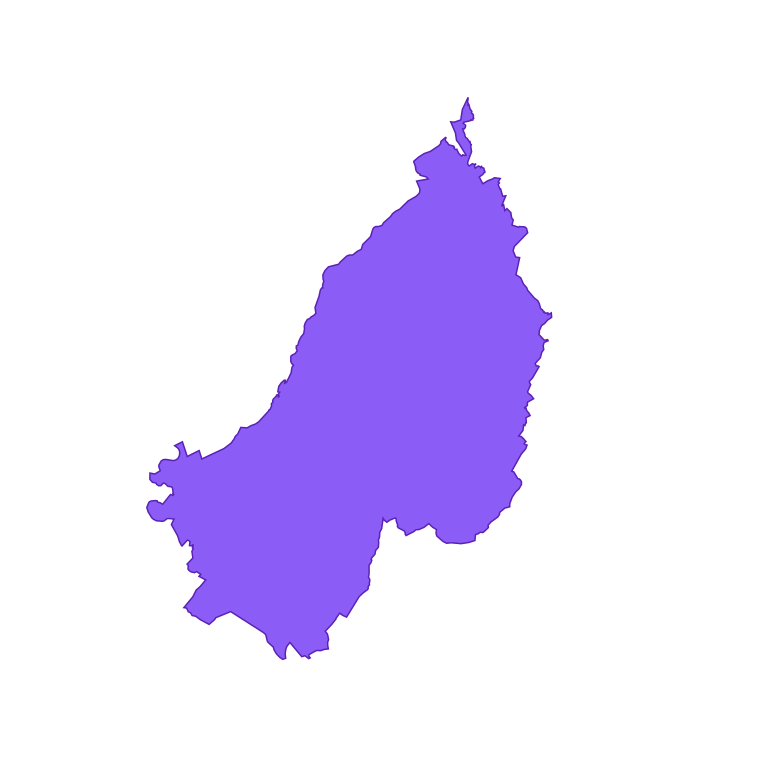 Gornesti, Mures, Romania (Robinson projection), rotated 297°
{"feature_id": "2599482B61997995106297", "entity_name": "Gornesti", "entity_type": "district", "adm_level": 2, "iso_a3": "ROU", "parent_name": "Romania", "parent_adm1": "Mures", "projection": "robinson", "projection_center": [24.739, 46.67], "detail": "fine", "context": "isolated", "style": "filled", "palette": "violet", "viewbox_px": 768, "rotation_deg": 297, "n_neighbors": 0, "source": "geoboundaries", "source_scale": "gbopen_adm2", "svg_char_len": 6154}
<svg xmlns="http://www.w3.org/2000/svg" viewBox="0 0 768 768"><g transform="rotate(297 384 384)"><path d="M469.9,514.3L470.1,512.9L469.1,511.6L471.0,509.4L478.4,511.4L483.8,510.2L487.2,510.7L490.3,508.5L493.7,507.8L497.0,510.6L497.7,509.9L497.7,509.2L496.6,508.3L495.9,506.6L498.5,499.5L500.6,499.0L501.8,498.2L507.7,497.9L510.7,499.6L515.1,500.7L519.5,503.1L523.3,500.8L520.3,498.7L521.8,497.7L520.3,495.7L520.8,494.6L520.4,493.8L521.2,493.6L521.3,492.5L522.1,491.4L522.0,490.3L522.9,488.8L526.1,485.9L528.0,483.2L528.9,478.8L532.7,469.5L534.6,467.4L536.4,462.9L540.7,457.6L541.3,452.0L558.2,447.5L556.9,443.7L561.3,438.6L565.7,437.7L584.0,443.3L587.4,440.3L587.9,438.2L585.7,433.0L584.8,432.8L583.7,425.9L588.8,424.7L590.1,422.2L594.3,419.2L596.1,413.9L593.3,413.0L598.0,409.2L596.4,408.4L596.7,407.9L607.0,407.1L605.2,404.5L610.7,399.4L610.3,399.0L613.4,395.2L615.5,395.6L615.8,394.1L619.9,394.3L617.9,388.7L616.0,387.7L612.5,384.4L607.3,381.1L611.7,374.9L615.7,377.0L617.6,377.1L618.2,377.8L619.4,377.3L619.7,376.4L621.6,375.1L621.5,373.0L622.1,372.2L620.6,371.9L621.3,370.7L621.0,369.0L617.8,367.3L619.4,365.5L622.1,366.0L620.5,364.7L620.4,362.7L617.0,361.0L617.7,359.0L619.8,357.8L630.7,356.6L635.0,353.5L636.9,353.1L636.9,352.4L638.9,350.6L638.4,350.4L640.5,346.8L640.8,344.8L641.8,343.5L643.3,342.5L646.9,338.2L647.4,338.3L647.7,339.7L649.5,340.0L651.6,339.3L652.3,336.2L653.6,336.4L657.7,341.3L659.0,341.5L658.6,342.2L658.8,342.6L659.8,343.4L660.8,342.9L661.6,343.3L661.9,342.6L664.2,341.6L665.0,340.3L665.0,339.0L666.7,338.6L668.2,335.8L671.5,332.8L670.8,332.1L672.3,331.7L673.5,330.1L674.8,330.1L677.6,328.8L664.1,329.2L654.1,332.5L649.1,327.6L647.9,324.4L640.1,333.7L634.0,338.0L632.8,340.8L625.2,353.2L624.1,351.8L624.1,350.2L622.3,349.8L622.7,348.0L623.5,345.7L626.2,342.3L625.4,341.0L625.6,339.9L626.2,338.9L627.0,339.2L627.6,337.9L626.5,333.0L627.8,331.1L628.4,328.7L629.5,327.7L631.5,327.5L631.6,326.9L626.2,324.6L623.5,325.3L621.2,324.7L612.2,319.6L607.6,315.2L602.0,311.9L596.3,309.5L595.5,309.6L591.6,313.8L591.0,313.8L588.5,315.9L587.4,318.2L587.3,321.0L586.4,321.4L587.7,327.6L586.7,330.3L579.6,320.9L574.7,326.7L572.7,328.2L569.9,328.8L565.9,327.5L558.1,322.4L547.0,318.7L543.3,316.0L539.6,314.3L536.1,313.8L527.5,310.4L524.4,310.2L521.9,307.7L520.4,305.0L519.1,304.1L517.3,303.7L509.1,305.1L498.7,301.7L493.6,302.6L490.2,300.0L484.7,297.5L483.2,294.6L481.1,292.7L472.7,289.6L470.1,289.2L463.2,281.3L458.3,279.9L453.5,280.0L449.5,282.3L448.6,283.5L444.0,284.5L441.8,285.8L441.3,284.9L439.0,284.6L432.5,286.3L420.9,287.8L416.2,291.1L413.8,290.6L410.3,288.4L408.6,288.1L406.7,286.4L402.6,286.1L399.3,286.7L397.1,288.1L392.4,289.6L387.9,288.6L383.0,288.8L379.8,289.6L378.0,288.6L375.8,289.7L374.3,291.6L370.5,290.9L368.3,289.1L366.4,288.4L361.8,290.7L360.3,292.6L359.5,295.0L357.4,294.4L351.5,296.2L341.3,296.4L339.7,295.2L342.6,294.5L342.1,293.4L338.4,291.9L334.2,291.3L328.8,292.9L329.3,294.8L326.7,294.5L325.4,296.1L324.5,295.8L326.0,294.1L325.5,293.3L324.2,293.5L320.2,292.2L318.8,292.3L317.3,293.3L315.4,292.6L313.0,293.9L309.7,294.0L308.8,293.3L307.4,293.4L293.4,289.5L289.9,287.6L286.3,284.2L282.8,282.0L280.3,276.1L273.2,276.4L269.8,275.3L266.9,275.4L261.8,274.6L253.8,270.7L234.5,255.7L240.8,249.5L230.1,241.6L241.0,230.6L234.0,225.5L233.3,229.4L232.2,231.5L229.9,233.3L227.1,234.2L223.9,234.2L221.2,232.5L220.0,230.8L217.7,223.7L216.3,221.6L214.2,220.4L209.8,220.2L208.1,220.9L205.1,224.0L199.8,220.7L198.4,215.9L192.7,218.7L191.3,222.3L192.2,225.6L191.2,227.3L191.1,229.6L192.2,231.4L195.6,232.4L195.9,234.4L194.7,237.9L195.9,241.3L195.3,242.7L191.9,245.2L190.6,245.5L190.3,246.7L189.0,246.6L188.6,243.9L176.4,241.4L176.6,238.6L176.0,235.8L176.9,235.1L176.5,233.5L174.1,229.7L172.8,228.6L171.8,228.2L166.3,228.7L163.0,231.9L159.3,237.9L158.8,240.1L158.8,243.3L161.2,249.2L162.5,250.4L165.5,251.8L166.5,253.4L168.3,258.2L162.2,258.4L155.0,269.1L150.7,273.3L148.3,276.6L148.0,277.6L155.6,279.7L155.9,281.5L155.2,282.8L151.7,284.0L152.3,285.9L154.0,286.8L153.7,287.2L151.0,287.7L151.0,288.7L147.7,288.8L142.2,292.7L134.1,290.3L133.4,292.0L130.1,293.4L129.3,295.0L129.0,297.4L129.9,300.9L131.6,302.1L131.7,302.9L131.2,307.2L128.6,306.4L128.5,314.1L119.9,312.1L115.1,310.2L107.7,310.3L93.9,307.2L94.7,309.9L92.2,313.0L92.3,315.6L90.6,318.1L91.6,321.8L90.6,327.4L90.4,337.3L97.4,340.1L99.4,340.2L111.6,350.7L107.8,389.4L107.0,392.4L102.0,396.7L101.1,398.2L99.3,404.8L97.0,407.0L94.7,410.7L93.1,415.4L92.7,418.8L95.0,420.9L99.0,418.3L103.2,416.9L106.2,416.6L111.0,417.5L103.7,434.5L106.0,437.0L105.1,441.6L106.5,442.6L107.5,440.5L108.9,440.1L115.2,444.3L116.3,445.5L117.5,448.4L120.6,451.5L122.7,454.7L125.4,452.6L128.4,451.0L131.0,450.7L133.8,448.6L135.6,447.0L137.0,443.9L146.2,446.6L152.8,447.9L153.0,447.6L159.6,448.5L159.1,452.5L159.3,456.5L183.3,458.4L188.3,460.2L193.3,462.7L194.6,462.8L196.4,461.8L198.3,462.3L199.5,461.5L202.2,460.7L203.5,459.9L204.8,457.9L208.5,456.7L215.7,453.0L218.5,453.5L221.5,453.1L222.0,452.1L223.5,452.0L228.2,453.2L232.0,452.1L235.9,453.1L239.9,451.5L242.2,450.0L245.9,449.4L249.8,447.6L254.0,447.6L263.9,444.2L262.7,446.2L262.1,449.3L265.6,451.2L269.6,454.6L269.7,455.7L267.5,457.1L264.5,460.2L263.0,460.7L262.3,462.3L262.3,468.6L260.9,470.8L259.9,470.9L259.0,472.5L266.2,477.7L268.5,478.5L270.1,481.1L274.4,484.7L279.9,487.3L278.4,492.7L278.2,496.8L274.6,498.1L272.5,500.1L270.5,508.0L270.5,512.0L273.1,516.1L276.7,525.1L281.3,531.5L285.8,536.1L291.2,533.9L293.4,535.9L295.6,537.0L296.5,539.5L298.3,540.4L303.2,542.1L304.0,542.0L305.3,540.8L309.7,542.0L317.2,545.8L320.1,546.1L322.2,545.4L328.3,548.0L331.7,551.8L334.4,550.4L341.3,549.6L347.5,550.3L352.0,551.9L356.8,552.1L359.3,550.9L360.4,549.2L360.8,547.7L360.5,546.0L364.6,539.6L364.3,537.4L383.6,538.1L390.7,539.7L394.5,539.2L394.2,536.1L395.6,536.0L397.1,536.7L398.6,533.2L399.5,530.2L398.8,527.7L405.7,528.9L411.0,527.0L411.0,528.4L413.6,527.9L414.0,528.4L418.5,525.8L422.2,528.5L423.8,526.3L425.0,523.4L427.2,521.3L426.2,520.8L426.9,520.0L429.9,521.5L432.9,520.1L438.8,524.0L440.6,520.3L441.4,516.3L442.6,515.4L450.1,515.0L451.0,513.4L452.3,512.3L456.8,513.6L469.9,514.3Z" fill="#8b5cf6" stroke="#5b21b6" stroke-width="1.5"/></g></svg>